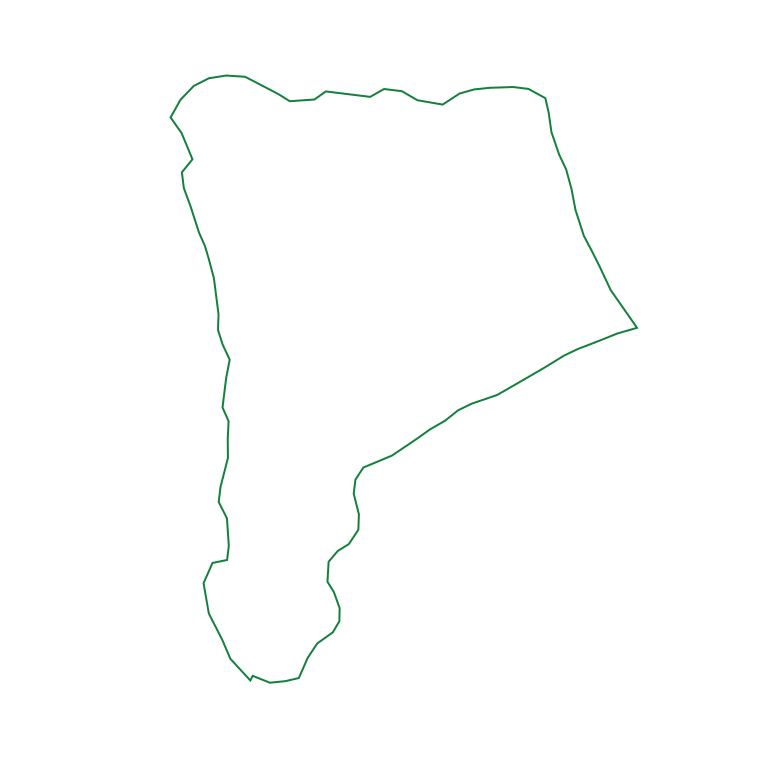 Agios Amvrosios Keryneias, Cyprus, rotated 277°
{"feature_id": "46923920B46036306691539", "entity_name": "Agios Amvrosios Keryneias", "entity_type": "district", "adm_level": 2, "iso_a3": "CYP", "parent_name": "Cyprus", "parent_adm1": "", "projection": "equal_earth", "projection_center": [33.571, 35.33], "detail": "fine", "context": "isolated", "style": "outline", "palette": "green", "viewbox_px": 768, "rotation_deg": 277, "n_neighbors": 0, "source": "geoboundaries", "source_scale": "gbopen_adm2", "svg_char_len": 1312}
<svg xmlns="http://www.w3.org/2000/svg" viewBox="0 0 768 768"><g transform="rotate(277 384 384)"><path d="M470.6,628.3L492.1,609.0L504.8,597.6L527.2,583.5L542.5,573.3L555.4,564.3L580.2,552.8L600.2,546.4L619.1,538.7L633.2,529.8L654.4,519.5L673.3,514.4L687.4,509.3L694.5,491.4L694.5,476.0L690.9,453.0L687.4,437.7L681.5,423.6L668.5,408.2L669.7,382.7L676.8,366.0L676.8,348.1L667.3,335.3L667.3,308.5L667.3,290.6L657.9,280.3L653.2,256.0L659.1,243.3L672.0,208.7L670.9,189.6L666.1,172.9L656.7,158.9L641.4,147.4L622.5,139.7L608.4,152.5L583.7,166.5L569.5,157.6L554.2,161.4L536.6,170.4L511.8,181.9L498.9,189.6L487.1,194.7L468.2,202.3L432.9,211.3L417.6,212.6L403.5,219.0L389.3,227.9L370.5,226.6L341.0,226.6L328.1,234.3L310.4,235.6L291.5,238.1L262.1,234.3L246.8,234.3L231.5,244.5L204.4,249.7L190.2,249.7L185.5,235.6L164.3,229.2L134.9,238.1L110.1,254.8L92.5,265.0L73.5,287.4L78.3,289.3L73.6,307.2L77.1,322.5L81.8,335.3L103.0,341.7L118.4,349.4L131.3,363.5L143.1,368.6L156.1,367.3L171.4,359.6L180.8,352.0L200.8,350.7L212.6,358.4L220.8,368.6L236.2,376.3L251.5,375.0L271.5,367.3L285.6,367.3L298.6,373.7L313.9,400.6L333.9,423.6L344.5,435.1L355.1,449.2L366.9,460.7L375.2,473.5L387.0,497.8L397.6,511.9L418.8,540.0L434.1,559.2L442.3,572.0L451.8,589.9L462.4,609.1L470.6,628.3Z" fill="none" stroke="#15803d" stroke-width="2"/></g></svg>